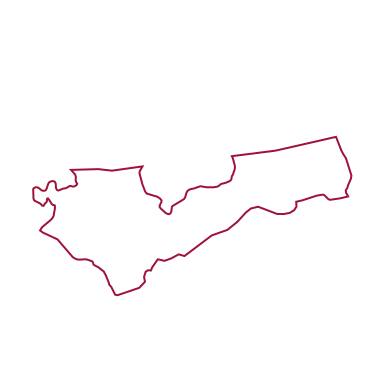 SVG path tracing the border of HaMerkaz, rotated 67°
{"feature_id": "ISR-3055", "entity_name": "HaMerkaz", "entity_type": "District", "adm_level": 1, "iso_a3": "ISR", "parent_name": "Israel", "parent_adm1": "", "projection": "equal_earth", "projection_center": [34.823, 32.087], "detail": "fine", "context": "isolated", "style": "outline", "palette": "rose", "viewbox_px": 384, "rotation_deg": 67, "n_neighbors": 0, "source": "natural_earth", "source_scale": "10m", "svg_char_len": 3150}
<svg xmlns="http://www.w3.org/2000/svg" viewBox="0 0 384 384"><g transform="rotate(67 192 192)"><path d="M257.1,50.0L255.7,58.2L253.1,68.1L251.8,69.3L246.9,71.3L245.6,72.4L244.1,78.5L242.8,93.6L241.7,99.9L246.2,101.5L248.7,105.1L249.4,110.2L248.1,116.3L245.4,122.3L231.4,136.9L230.2,144.2L231.9,150.4L237.1,161.7L240.7,174.2L239.7,190.8L248.0,224.0L244.2,228.6L245.0,236.9L244.6,244.2L240.6,249.8L245.9,258.2L248.2,260.5L246.8,263.3L247.4,265.9L251.4,269.3L256.3,270.4L259.6,278.0L257.9,300.9L256.4,302.9L247.8,303.4L244.9,304.4L242.7,304.0L235.1,303.9L230.7,304.3L224.9,307.5L220.6,310.9L217.0,310.8L213.3,314.8L212.4,316.2L209.7,323.4L207.4,325.9L205.1,327.3L183.1,334.3L171.1,345.1L168.1,346.9L167.7,346.4L166.8,345.2L166.1,344.2L165.4,342.4L162.9,334.1L162.0,331.7L160.8,329.7L159.7,328.6L153.5,324.6L151.7,323.8L150.6,323.6L149.5,325.1L148.7,325.7L142.7,326.7L141.6,327.1L141.4,327.6L141.8,328.1L142.3,328.6L143.1,328.8L143.8,329.2L144.3,329.7L144.7,330.4L144.9,331.3L145.3,332.0L145.6,332.7L146.2,333.2L146.6,333.8L146.6,334.4L146.1,335.2L144.0,335.9L142.6,336.8L138.9,340.0L137.6,340.6L135.9,340.4L127.2,337.0L126.9,336.6L126.7,336.0L126.6,335.5L126.5,334.9L126.6,334.0L126.9,333.2L127.3,332.6L127.8,332.0L129.0,331.2L131.0,330.2L131.6,329.8L132.2,329.3L132.6,328.7L133.0,328.0L133.2,327.2L133.3,326.4L133.1,325.7L131.6,324.0L129.2,322.0L128.1,320.9L127.5,320.0L127.3,319.5L127.2,318.7L127.1,318.0L127.2,317.2L127.3,316.7L127.5,316.1L128.1,315.1L128.4,314.8L128.9,314.4L129.5,314.2L130.3,314.1L131.8,314.4L134.0,315.3L135.5,315.6L136.1,315.6L136.7,315.6L137.4,315.4L137.9,315.0L138.4,314.4L138.5,313.5L138.5,309.3L139.0,307.7L139.1,306.9L139.2,306.0L138.8,303.0L138.8,302.3L138.9,301.6L139.3,301.0L140.3,299.8L140.7,298.9L140.9,297.8L140.5,295.6L139.9,294.8L139.2,294.4L138.4,294.7L137.3,294.7L135.8,294.5L132.9,293.1L131.2,292.8L129.7,292.8L129.0,293.2L125.8,294.2L124.4,294.7L134.3,269.4L141.1,257.3L149.1,227.6L152.3,231.8L154.1,233.0L165.8,234.7L173.2,234.9L174.4,234.7L175.6,234.2L175.9,234.0L176.0,234.0L176.0,233.9L181.6,227.3L181.9,226.7L182.5,226.1L183.5,225.3L185.7,223.9L187.1,223.5L188.1,223.4L188.8,223.7L189.4,224.2L190.8,225.9L192.2,227.3L193.2,227.6L194.8,227.3L201.1,224.4L202.7,223.0L203.5,221.7L203.4,220.9L203.2,220.3L203.0,219.9L202.1,218.9L201.5,218.4L198.3,216.6L197.7,216.2L197.4,215.5L197.2,214.7L195.6,203.3L195.4,202.4L195.1,201.7L194.7,201.0L193.7,199.9L192.0,198.6L191.4,198.1L190.4,197.2L190.0,196.8L189.8,196.4L189.4,195.9L189.1,195.2L188.9,194.4L188.8,193.5L188.8,192.6L189.1,190.8L189.5,189.1L189.8,184.3L190.0,182.1L190.4,181.2L192.7,177.8L193.5,176.3L196.0,170.6L196.9,166.9L196.9,165.9L196.8,164.9L196.1,162.8L196.0,162.2L196.1,161.1L196.4,159.5L196.7,157.4L196.7,153.8L196.6,152.9L196.4,152.0L196.1,151.3L195.6,150.7L193.7,149.6L193.1,149.2L192.7,148.7L191.8,147.3L190.1,146.0L188.0,144.0L187.3,143.5L186.0,142.8L184.5,142.3L176.8,141.2L174.6,141.3L186.6,98.8L197.5,37.9L212.6,38.3L216.7,37.9L217.5,37.7L221.0,37.1L239.0,38.8L240.1,39.4L241.7,40.4L247.4,46.3L248.6,47.1L249.3,47.8L249.7,48.5L250.1,49.2L250.5,49.8L253.0,50.5L257.0,50.0L257.1,50.0Z" fill="none" stroke="#9f1239" stroke-width="2"/></g></svg>